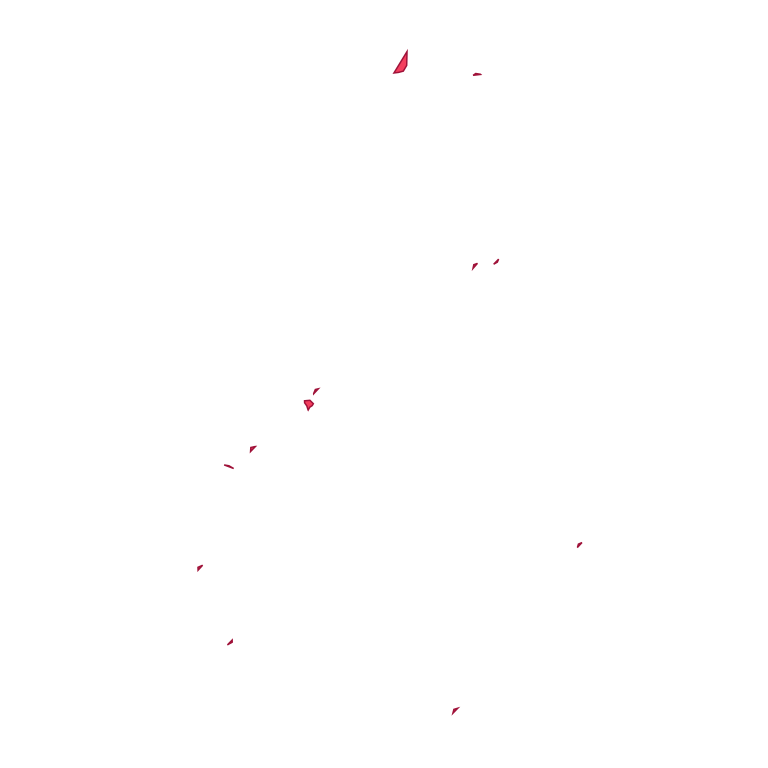 Baa, orthographic projection, rotated 178°
{"feature_id": "MDV-5228", "entity_name": "Baa", "entity_type": "Atoll", "adm_level": 1, "iso_a3": "MDV", "parent_name": "Maldives", "parent_adm1": "", "projection": "orthographic", "projection_center": [73.003, 5.117], "detail": "fine", "context": "isolated", "style": "filled", "palette": "rose", "viewbox_px": 768, "rotation_deg": 178, "n_neighbors": 0, "source": "natural_earth", "source_scale": "10m", "svg_char_len": 1030}
<svg xmlns="http://www.w3.org/2000/svg" viewBox="0 0 768 768"><g transform="rotate(178 384 384)"><path d="M363.2,694.5L349.6,715.1L349.4,715.4L350.2,701.6L353.8,696.0L358.6,694.9L363.2,694.5ZM460.7,360.6L460.8,360.8L461.9,364.8L464.0,368.0L464.0,370.0L458.6,370.3L455.3,366.8L456.5,364.9L459.0,363.4L460.7,360.6ZM519.7,321.2L519.3,325.2L514.9,326.0L514.7,326.0L519.7,321.2ZM576.3,204.4L576.3,207.3L571.6,209.2L576.3,204.4ZM326.6,52.6L325.5,56.4L321.6,57.4L326.6,52.6ZM291.0,496.4L290.9,496.8L290.2,499.6L290.1,500.1L288.2,500.7L286.4,501.3L291.0,496.4ZM454.6,376.7L454.6,377.0L452.8,380.9L449.8,381.5L454.6,376.7ZM276.7,690.0L284.2,689.4L284.0,689.5L281.5,691.1L276.9,690.2L276.7,690.0ZM549.7,128.7L549.5,128.8L544.7,133.4L544.7,131.3L549.7,128.7ZM196.6,213.7L196.4,213.9L195.3,217.2L192.0,218.5L191.7,218.6L196.6,213.7ZM537.2,304.8L537.7,305.0L541.5,306.6L546.6,308.7L546.1,308.6L541.8,307.7L537.2,304.8ZM270.2,499.9L265.4,504.5L265.1,504.8L266.5,501.8L270.2,499.9Z" fill="#f43f5e" stroke="#9f1239" stroke-width="1.5"/></g></svg>